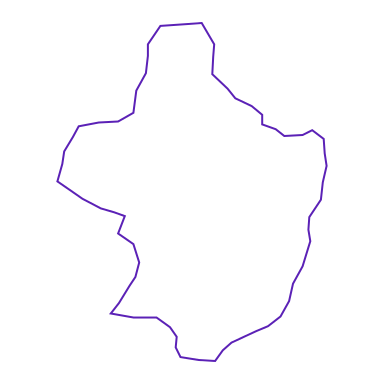 outline of Fyllia, Cyprus
{"feature_id": "46923920B75200378291295", "entity_name": "Fyllia", "entity_type": "district", "adm_level": 2, "iso_a3": "CYP", "parent_name": "Cyprus", "parent_adm1": "", "projection": "mercator", "projection_center": [33.104, 35.192], "detail": "fine", "context": "isolated", "style": "outline", "palette": "violet", "viewbox_px": 384, "rotation_deg": 0, "n_neighbors": 0, "source": "geoboundaries", "source_scale": "gbopen_adm2", "svg_char_len": 911}
<svg xmlns="http://www.w3.org/2000/svg" viewBox="0 0 384 384"><path d="M110.8,313.5L133.4,317.5L145.0,317.5L156.5,317.5L170.0,327.2L176.7,336.8L175.7,347.4L180.5,357.1L198.8,360.0L215.1,361.0L222.8,350.3L231.5,342.6L245.9,335.9L256.5,331.0L268.0,326.2L280.5,316.5L289.1,301.1L293.0,283.7L302.6,266.3L310.3,241.2L308.4,229.7L309.3,217.1L315.1,208.4L320.9,199.7L322.8,182.3L326.6,165.9L324.7,153.4L323.7,138.9L312.2,130.2L302.6,135.0L284.3,136.0L275.7,129.2L262.2,124.4L262.2,114.8L251.7,106.1L235.3,98.3L227.6,88.7L212.3,74.2L213.2,56.8L214.2,44.3L201.7,23.0L188.2,24.0L160.4,25.9L147.9,44.3L147.9,55.9L145.9,73.2L136.3,90.6L133.4,112.8L118.1,121.5L98.8,122.5L78.7,126.3L72.9,137.0L64.2,151.4L62.3,164.0L57.4,181.4L67.1,188.1L82.5,198.8L100.8,208.4L114.2,212.3L124.8,216.1L118.1,233.5L133.4,244.1L139.2,262.5L135.4,277.0L129.6,285.7L119.0,303.0L110.8,313.5Z" fill="none" stroke="#5b21b6" stroke-width="2"/></svg>